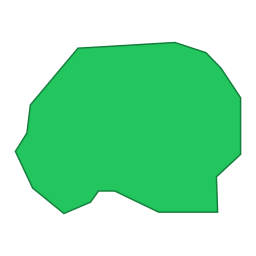 outline of Peqin, Elbasan, Albania
{"feature_id": "67620474B93113119561724", "entity_name": "Peqin", "entity_type": "district", "adm_level": 2, "iso_a3": "ALB", "parent_name": "Albania", "parent_adm1": "Elbasan", "projection": "robinson", "projection_center": [19.782, 41.055], "detail": "fine", "context": "isolated", "style": "filled", "palette": "green", "viewbox_px": 256, "rotation_deg": 0, "n_neighbors": 0, "source": "geoboundaries", "source_scale": "gbopen_adm2", "svg_char_len": 333}
<svg xmlns="http://www.w3.org/2000/svg" viewBox="0 0 256 256"><path d="M78.0,48.2L30.4,104.9L26.9,133.1L15.4,151.4L32.7,188.1L63.9,213.5L90.4,202.2L98.5,191.0L114.7,191.0L158.6,212.1L217.6,212.1L216.4,176.8L240.6,154.3L240.6,97.8L221.0,68.2L205.9,52.7L174.9,42.5L78.0,48.2Z" fill="#22c55e" stroke="#15803d" stroke-width="1.5"/></svg>